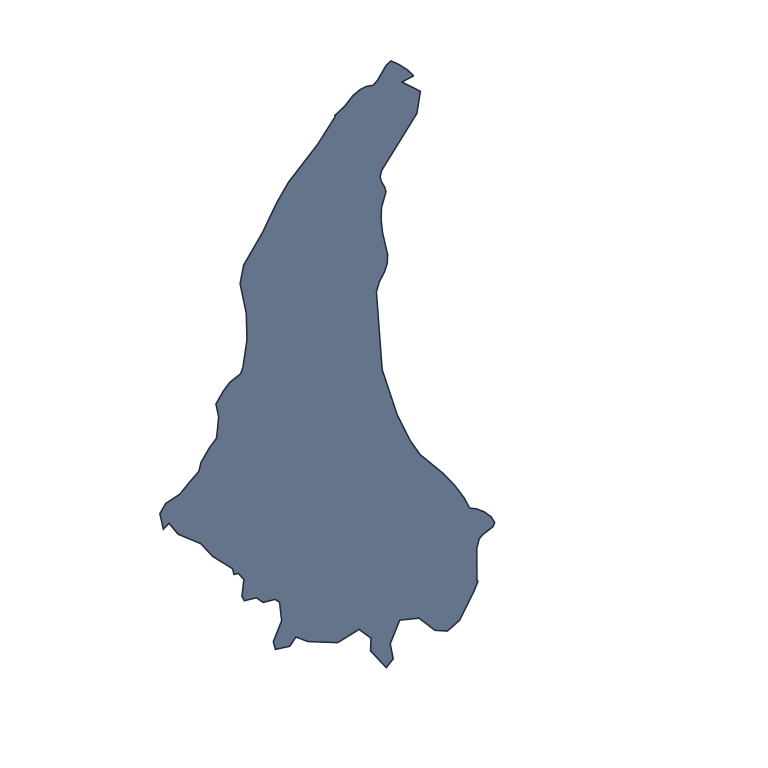 an SVG outline of Ceredigion, rotated 120°
{"feature_id": "GBR-2105", "entity_name": "Ceredigion", "entity_type": "Principality", "adm_level": 1, "iso_a3": "GBR", "parent_name": "United Kingdom", "parent_adm1": "", "projection": "natural_earth1", "projection_center": [-4.124, 52.292], "detail": "fine", "context": "isolated", "style": "filled", "palette": "slate", "viewbox_px": 768, "rotation_deg": 120, "n_neighbors": 0, "source": "natural_earth", "source_scale": "10m", "svg_char_len": 1526}
<svg xmlns="http://www.w3.org/2000/svg" viewBox="0 0 768 768"><g transform="rotate(120 384 384)"><path d="M102.5,512.5L113.5,519.4L112.3,498.8L133.1,490.8L200.3,492.8L206.6,490.9L210.1,487.3L212.7,482.5L216.4,478.4L232.4,474.4L243.2,468.6L253.8,460.8L270.0,445.6L277.8,441.5L286.8,439.6L297.9,439.1L307.9,436.7L372.4,392.8L403.9,357.4L419.9,333.0L427.1,317.3L431.9,287.9L436.5,272.0L442.5,257.7L448.6,247.8L445.8,241.4L444.6,233.0L445.4,224.8L448.6,218.9L453.0,218.2L464.9,223.1L470.5,224.1L480.0,221.4L507.8,205.2L507.8,204.0L518.6,202.4L550.9,200.4L566.3,205.6L571.9,216.7L569.3,236.5L580.6,252.3L605.8,248.7L617.4,238.6L628.5,240.2L621.9,262.2L610.6,268.2L609.0,282.9L631.2,294.8L645.1,321.1L647.2,333.8L658.2,334.4L668.2,345.4L662.6,351.0L640.2,354.3L625.3,365.3L625.0,370.7L633.6,379.4L633.0,387.7L641.6,396.6L638.9,400.9L623.4,407.6L620.9,415.4L624.0,418.7L619.7,422.8L619.0,446.1L613.9,462.9L617.1,487.1L612.2,500.5L620.1,502.5L608.3,513.3L596.5,513.3L581.7,505.8L566.0,503.3L552.2,500.7L543.3,503.3L533.5,503.3L526.6,503.3L514.8,502.0L508.9,504.5L495.1,510.8L485.3,519.6L470.5,519.6L459.7,518.4L446.8,513.3L440.0,514.6L414.4,524.7L391.7,538.6L369.1,558.8L351.3,565.0L331.7,565.0L312.9,565.0L297.2,566.3L279.4,567.6L256.8,567.6L209.5,561.3L177.0,560.0L175.8,561.0L175.4,560.6L162.8,556.9L149.8,555.1L141.2,552.0L135.4,548.3L130.6,542.7L124.3,541.5L115.2,541.5L107.5,541.5L100.7,539.6L99.8,531.0L100.3,520.5L101.7,514.7L101.8,514.3L102.4,512.6L102.5,512.5Z" fill="#64748b" stroke="#1e293b" stroke-width="1.5"/></g></svg>